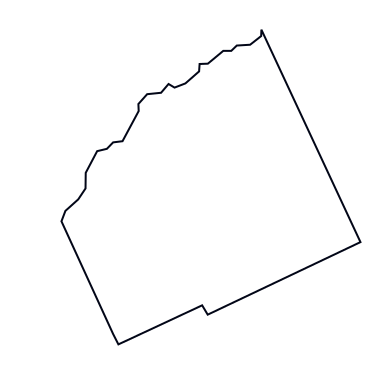 Hopkins, Texas, United States of America (Robinson projection), rotated 335°
{"feature_id": "52423323B1297205264682", "entity_name": "Hopkins", "entity_type": "district", "adm_level": 2, "iso_a3": "USA", "parent_name": "United States of America", "parent_adm1": "Texas", "projection": "robinson", "projection_center": [-95.58, 33.169], "detail": "fine", "context": "isolated", "style": "outline", "palette": "ink", "viewbox_px": 384, "rotation_deg": 335, "n_neighbors": 0, "source": "geoboundaries", "source_scale": "gbopen_adm2", "svg_char_len": 516}
<svg xmlns="http://www.w3.org/2000/svg" viewBox="0 0 384 384"><g transform="rotate(335 192 192)"><path d="M323.5,308.6L323.5,74.2L320.6,79.9L306.9,83.1L294.5,78.2L287.2,80.7L280.0,77.3L260.6,82.4L253.0,79.2L249.4,85.7L231.9,90.8L220.3,90.0L216.4,84.2L205.9,89.0L192.7,84.4L180.6,89.6L177.9,96.1L150.5,116.6L141.5,113.7L133.1,116.9L123.3,114.9L103.8,129.7L97.0,143.8L85.8,150.6L69.3,155.6L61.3,163.4L60.5,287.4L60.9,299.0L153.3,299.0L154.4,309.8L323.5,308.6Z" fill="none" stroke="#020617" stroke-width="2"/></g></svg>